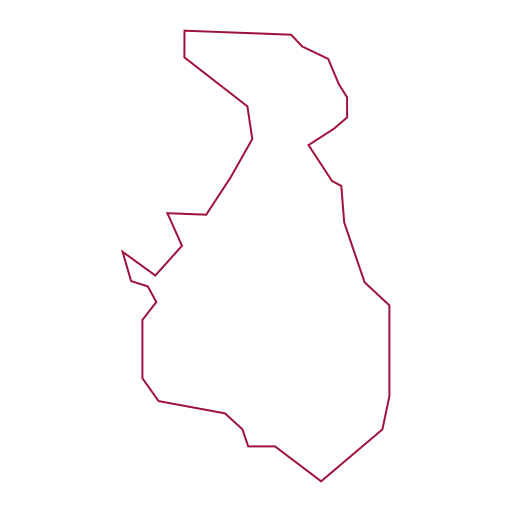 Durrës, Durrës, Albania (Robinson projection)
{"feature_id": "67620474B45959085094100", "entity_name": "Durrës", "entity_type": "district", "adm_level": 2, "iso_a3": "ALB", "parent_name": "Albania", "parent_adm1": "Durrës", "projection": "robinson", "projection_center": [19.515, 41.413], "detail": "fine", "context": "isolated", "style": "outline", "palette": "rose", "viewbox_px": 512, "rotation_deg": 0, "n_neighbors": 0, "source": "geoboundaries", "source_scale": "gbopen_adm2", "svg_char_len": 563}
<svg xmlns="http://www.w3.org/2000/svg" viewBox="0 0 512 512"><path d="M291.1,34.7L184.5,30.7L184.4,57.4L247.4,106.4L252.3,139.0L230.5,177.6L206.2,214.7L167.4,213.2L182.0,245.8L155.3,275.5L122.6,251.8L131.1,281.1L147.8,286.4L156.3,302.0L142.4,320.0L142.4,378.2L158.6,401.1L225.0,413.4L242.4,429.3L248.2,446.4L275.0,446.4L321.1,481.3L382.4,429.4L389.4,396.2L389.4,305.4L364.6,282.3L344.2,222.5L341.3,185.9L332.1,181.1L308.5,145.1L334.1,128.6L347.1,117.4L347.1,97.3L338.9,84.3L328.2,58.9L302.2,46.5L291.1,34.7Z" fill="none" stroke="#9f1239" stroke-width="2"/></svg>